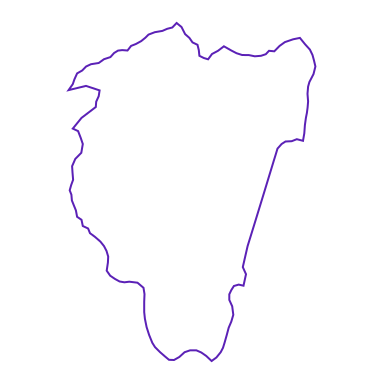 outline of Candeias, Bahia, Brazil
{"feature_id": "56859067B39745147168905", "entity_name": "Candeias", "entity_type": "district", "adm_level": 2, "iso_a3": "BRA", "parent_name": "Brazil", "parent_adm1": "Bahia", "projection": "robinson", "projection_center": [-38.483, -12.69], "detail": "fine", "context": "isolated", "style": "outline", "palette": "violet", "viewbox_px": 384, "rotation_deg": 0, "n_neighbors": 0, "source": "geoboundaries", "source_scale": "gbopen_adm2", "svg_char_len": 1854}
<svg xmlns="http://www.w3.org/2000/svg" viewBox="0 0 384 384"><path d="M312.5,55.0L309.9,49.6L305.1,44.3L299.9,37.9L293.1,39.3L284.9,42.1L279.6,45.9L274.3,51.3L269.0,50.8L265.8,54.2L261.0,55.8L254.8,56.3L249.0,55.1L242.1,55.0L236.5,53.2L231.3,50.5L223.9,46.3L218.0,50.8L212.0,54.0L208.1,59.3L203.8,58.0L199.4,55.8L198.8,50.1L197.5,44.8L192.5,42.4L189.4,37.9L185.1,34.1L181.5,27.0L176.6,23.0L172.3,27.5L167.2,28.8L162.4,30.9L154.8,32.2L148.5,34.6L145.4,37.7L141.2,41.1L135.9,44.0L131.1,45.9L127.5,50.5L122.2,50.1L118.0,50.6L114.1,53.0L110.4,57.1L104.0,59.2L98.7,63.0L91.0,64.2L86.1,66.5L82.2,70.5L77.1,73.4L74.4,79.4L72.8,84.1L68.6,90.1L86.0,85.9L99.6,90.4L98.7,96.2L96.2,101.7L95.8,107.0L81.5,117.9L72.8,128.6L78.1,131.1L80.8,138.1L82.8,144.0L81.3,152.8L75.3,158.9L72.1,166.2L72.5,172.4L73.1,179.8L71.2,185.0L69.7,190.3L71.4,194.7L71.9,200.5L73.7,205.0L75.9,210.4L77.1,216.8L81.5,219.8L82.8,226.0L88.1,228.5L90.0,233.2L95.0,236.9L100.4,241.6L104.0,246.1L106.5,250.9L108.2,256.6L107.9,262.6L106.7,270.7L110.2,275.7L114.9,278.9L119.6,281.5L124.4,282.3L129.3,281.7L137.5,282.7L143.5,287.8L144.5,294.1L144.2,301.7L144.2,312.1L144.9,318.7L146.6,327.1L149.1,334.9L152.3,342.8L155.0,347.1L160.1,352.2L164.7,356.2L169.0,359.8L174.0,360.0L179.3,357.0L184.6,352.2L190.2,350.3L196.3,350.3L201.3,352.5L206.3,356.0L211.6,361.0L216.4,357.5L220.7,352.2L223.0,347.8L224.6,342.6L226.7,335.2L228.7,327.7L231.3,321.6L233.3,314.8L232.2,306.3L229.3,299.9L229.3,294.3L231.3,290.1L233.9,286.0L238.7,284.6L243.5,285.7L246.0,274.2L242.8,267.1L247.6,246.1L254.1,225.1L263.8,193.5L274.1,159.7L275.5,155.2L277.5,148.6L281.6,144.0L285.5,141.5L291.7,141.2L296.8,139.2L303.0,140.8L304.3,133.3L304.9,125.1L305.9,117.9L306.9,112.9L307.6,107.5L308.1,101.5L307.5,93.8L308.1,86.6L309.4,82.0L313.5,74.1L315.4,66.5L314.0,60.5L312.5,55.0Z" fill="none" stroke="#5b21b6" stroke-width="2"/></svg>